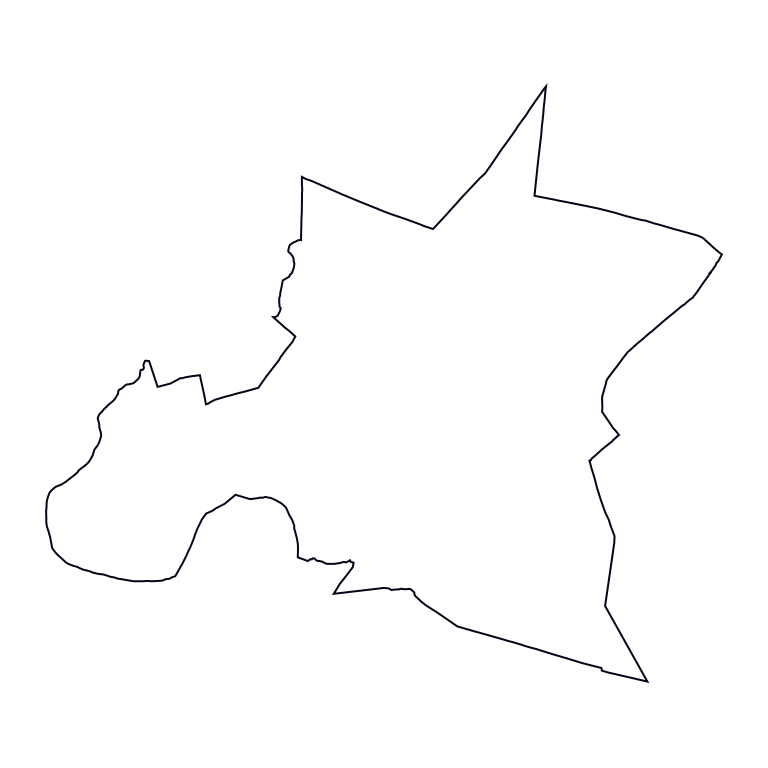 Chiapilla, Chiapas, Mexico
{"feature_id": "50627088B22333241829415", "entity_name": "Chiapilla", "entity_type": "district", "adm_level": 2, "iso_a3": "MEX", "parent_name": "Mexico", "parent_adm1": "Chiapas", "projection": "orthographic", "projection_center": [-92.734, 16.558], "detail": "fine", "context": "isolated", "style": "outline", "palette": "ink", "viewbox_px": 768, "rotation_deg": 0, "n_neighbors": 0, "source": "geoboundaries", "source_scale": "gbopen_adm2", "svg_char_len": 6064}
<svg xmlns="http://www.w3.org/2000/svg" viewBox="0 0 768 768"><path d="M721.9,254.5L721.1,254.0L717.1,250.7L713.7,247.8L708.8,243.2L703.1,238.1L701.6,237.3L698.1,235.7L678.7,230.3L677.2,229.9L673.8,229.0L661.6,225.4L656.9,224.1L653.8,223.3L644.8,220.4L642.9,220.3L635.7,218.6L628.5,216.7L625.1,215.8L615.2,212.8L607.0,210.7L601.3,209.3L598.6,208.6L588.6,206.5L573.1,203.4L570.4,202.9L569.7,202.8L567.8,202.3L557.5,200.4L555.1,199.8L534.5,195.8L536.7,174.3L538.3,159.4L541.3,134.2L541.9,126.3L543.2,114.9L543.9,106.0L544.8,98.3L545.3,92.0L546.0,86.4L543.7,89.3L539.3,95.6L535.5,101.0L529.1,110.3L526.5,114.5L522.6,119.7L517.7,126.5L515.0,131.0L514.4,131.6L507.5,141.4L501.8,149.0L491.2,164.8L484.9,173.6L479.5,178.6L462.0,197.2L455.6,204.4L450.4,210.1L445.9,215.2L445.3,215.8L439.0,222.6L433.0,229.0L423.9,226.0L420.7,224.6L404.3,218.6L391.5,214.3L384.3,211.6L383.9,211.6L382.4,210.8L381.7,210.5L380.2,210.0L379.0,209.5L377.6,208.8L376.2,208.3L358.3,201.1L342.6,194.6L311.7,181.0L305.6,178.9L301.9,176.9L301.9,182.4L301.9,184.7L302.2,188.6L302.2,190.4L302.0,193.5L302.0,197.5L301.8,212.2L301.5,217.9L301.0,240.0L300.5,239.8L297.6,240.5L295.9,241.5L293.7,242.3L291.3,243.9L289.8,245.0L288.8,247.9L288.3,250.5L288.5,252.0L290.5,253.5L291.5,254.9L292.6,256.3L293.2,257.6L293.8,259.9L293.6,260.8L294.4,263.6L294.0,266.7L293.6,268.4L292.9,270.3L292.1,272.8L291.2,273.7L289.9,274.9L289.2,276.7L282.8,280.4L281.1,289.3L280.3,292.6L280.1,295.6L279.3,297.8L279.2,302.2L279.6,306.6L280.8,308.4L280.5,309.0L279.9,311.2L277.6,315.8L275.7,316.8L273.2,317.1L284.5,327.2L284.9,327.6L289.4,331.1L295.3,336.5L292.2,342.2L285.9,349.9L280.3,357.5L279.2,359.8L266.2,376.6L260.0,385.4L258.4,387.8L244.7,391.6L238.9,393.0L228.6,395.9L225.3,396.7L214.9,399.8L209.7,402.5L209.0,403.3L205.9,404.3L204.7,397.3L204.0,394.1L199.9,375.2L191.7,376.2L186.4,377.1L181.5,378.3L180.3,378.1L178.1,379.5L170.2,383.6L157.6,386.9L149.1,361.0L147.9,361.1L147.0,360.8L145.7,360.7L145.0,360.9L143.9,363.5L143.6,364.4L143.4,365.3L143.9,367.3L143.8,368.0L143.5,368.9L142.7,369.8L141.8,369.8L140.9,369.8L140.4,370.8L139.8,375.8L139.2,377.4L138.4,378.6L137.3,379.8L136.2,380.7L135.2,381.7L133.5,383.1L131.7,383.7L128.1,384.4L127.0,384.5L126.0,384.8L125.2,385.4L124.3,386.2L123.3,387.1L122.2,388.1L121.0,388.9L119.3,389.7L118.6,390.4L118.2,391.9L118.0,393.9L116.8,395.8L114.9,399.0L113.5,400.5L112.1,401.8L108.4,404.8L106.0,407.3L104.1,409.0L102.2,411.3L100.3,413.3L98.9,415.0L98.1,417.2L97.7,418.4L98.4,420.9L99.2,424.2L99.4,427.8L100.8,432.5L101.2,436.0L99.3,442.0L97.5,445.6L94.4,449.6L92.6,455.5L91.0,458.4L89.1,461.6L86.9,463.9L84.8,465.8L82.5,467.4L79.1,470.1L76.9,472.9L74.6,474.9L70.2,478.3L65.5,482.0L61.4,484.5L55.5,486.9L51.7,490.2L49.7,492.5L47.9,496.9L46.7,501.7L46.5,507.3L46.1,511.2L46.3,517.0L46.3,522.1L46.8,526.2L48.6,531.7L50.2,537.4L52.2,548.2L55.8,553.0L59.3,556.4L62.7,559.4L65.8,562.4L69.0,564.2L73.3,565.8L77.3,566.9L80.2,568.4L83.4,569.7L89.2,571.1L93.6,572.8L97.9,573.8L100.1,574.1L103.5,574.5L107.4,575.7L110.5,576.8L114.2,577.4L117.6,578.6L121.8,579.2L124.4,579.7L127.1,580.2L130.5,580.7L134.0,581.3L139.5,581.2L143.0,581.3L146.7,580.9L148.6,581.0L151.1,581.2L153.6,581.2L155.5,581.1L158.6,580.9L160.8,580.8L163.3,580.3L165.5,579.2L169.4,578.8L171.8,577.4L174.9,576.3L175.3,576.1L178.8,570.0L179.4,568.9L180.3,567.2L181.0,565.9L182.1,564.3L185.2,558.0L186.1,556.2L187.0,554.4L187.6,552.8L188.4,551.0L189.4,549.2L190.1,547.5L191.0,545.6L191.6,544.0L193.2,540.1L194.2,537.4L194.9,534.9L196.1,532.1L196.9,529.7L202.1,519.1L206.1,513.6L212.4,510.8L215.9,508.3L224.7,503.8L235.5,494.8L250.0,499.1L252.1,498.9L258.1,498.1L260.2,497.6L263.2,497.7L264.9,497.0L266.2,497.1L267.9,497.5L270.9,498.0L275.8,500.2L278.0,501.5L280.8,503.0L283.1,504.8L285.8,507.3L287.4,510.7L289.4,515.3L292.3,520.2L293.4,523.3L294.3,525.9L294.1,528.3L294.8,530.4L296.7,537.6L297.2,540.0L297.8,543.7L297.9,545.7L298.0,547.9L297.8,557.3L308.0,561.1L309.1,560.1L310.0,559.5L311.0,559.1L311.7,559.4L312.7,558.4L314.6,558.5L316.0,560.1L317.8,561.0L319.8,561.0L321.1,561.5L322.3,561.6L323.5,562.4L325.4,563.3L326.3,563.6L327.1,563.9L333.9,563.9L336.3,563.6L337.9,563.3L338.6,563.3L340.9,562.8L343.1,562.0L344.6,562.0L345.6,562.4L346.5,562.2L347.3,561.7L349.0,561.1L349.9,560.3L350.8,561.8L353.6,562.8L352.8,567.2L346.3,575.7L339.9,583.8L333.8,593.8L384.3,587.9L388.0,588.3L389.4,588.7L391.2,590.0L394.2,589.7L396.3,589.4L397.5,589.4L399.6,589.3L400.3,588.8L402.0,588.9L403.1,588.9L404.0,589.2L405.3,589.2L405.9,589.1L407.6,589.1L408.5,588.9L409.9,588.9L411.6,589.9L412.2,590.6L414.2,592.3L414.4,593.3L414.4,594.3L415.3,596.0L422.1,602.4L423.8,603.6L425.1,604.7L426.5,605.7L438.4,613.3L457.3,626.4L475.3,631.6L475.8,631.7L497.8,637.9L500.6,638.7L504.7,639.9L508.6,641.1L512.7,642.1L520.7,644.5L524.7,645.9L530.7,647.6L536.5,649.1L540.8,650.5L547.2,652.5L553.4,654.4L565.2,657.9L565.5,657.9L568.6,658.9L575.4,661.0L581.2,662.8L581.5,662.9L590.1,665.1L601.5,668.0L601.8,670.6L607.7,672.4L647.4,681.6L605.1,606.0L614.3,542.7L614.5,536.0L610.5,525.4L608.9,520.0L605.1,512.1L600.6,499.3L598.1,491.2L598.0,490.9L597.3,488.8L594.6,478.4L592.8,472.4L591.2,467.3L590.0,462.6L589.4,460.8L589.6,460.5L591.0,460.1L591.6,458.6L595.7,455.2L602.3,449.1L602.6,448.9L603.0,448.6L612.5,441.0L613.0,440.1L613.3,440.0L618.4,435.3L619.0,435.0L615.8,431.0L612.9,427.8L610.1,423.5L609.6,422.8L607.0,418.9L605.3,416.5L604.4,415.2L603.8,414.1L603.6,413.9L602.2,412.1L602.1,411.6L602.3,409.4L602.3,409.1L602.3,407.6L602.4,406.9L602.2,404.6L602.3,404.4L602.2,401.5L602.1,401.1L602.1,399.5L602.1,398.5L602.1,398.4L602.3,396.7L602.2,396.4L603.1,393.4L606.0,383.2L606.5,380.7L606.8,380.3L606.8,379.9L607.5,378.8L609.1,376.6L611.3,373.7L614.9,369.0L617.9,365.1L624.1,356.6L626.2,354.1L627.2,352.6L631.6,348.7L636.6,344.1L643.8,338.1L650.5,332.2L651.2,331.9L662.1,322.4L666.4,318.8L677.9,309.4L679.2,308.2L682.6,305.4L684.2,304.7L686.5,302.5L689.8,299.7L693.0,297.5L693.2,296.9L695.9,293.6L703.9,282.0L710.4,273.1L709.8,273.0L713.5,268.7L713.4,268.3L715.5,265.6L716.5,263.0L718.3,261.1L721.9,254.5Z" fill="none" stroke="#020617" stroke-width="2"/></svg>